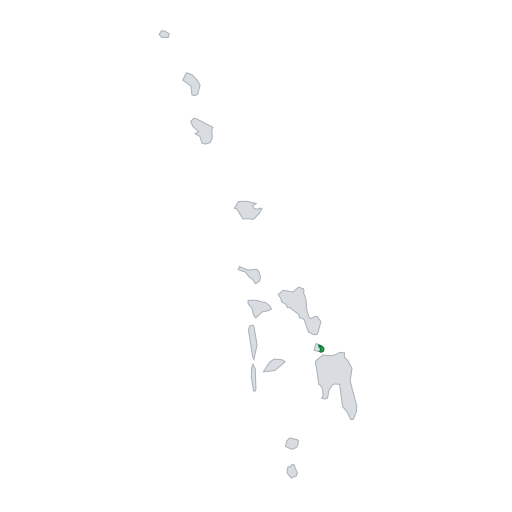 West Malo, Sanma, Vanuatu shown in context, rotated 183°
{"feature_id": "77236927B10986826820410", "entity_name": "West Malo", "entity_type": "district", "adm_level": 2, "iso_a3": "VUT", "parent_name": "Vanuatu", "parent_adm1": "Sanma", "projection": "mercator", "projection_center": [167.119, -15.678], "detail": "fine", "context": "in_parent", "style": "filled", "palette": "green", "viewbox_px": 512, "rotation_deg": 183, "n_neighbors": 0, "source": "geoboundaries", "source_scale": "gbopen_adm2", "svg_char_len": 3715}
<svg xmlns="http://www.w3.org/2000/svg" viewBox="0 0 512 512"><g transform="rotate(183 256 256)"><path d="M161.7,110.3L165.8,132.3L170.7,132.3L173.1,131.1L176.0,125.9L177.2,117.8L179.8,116.7L182.9,117.5L181.6,120.1L182.5,126.6L184.9,130.2L186.5,130.8L189.8,147.8L191.0,151.4L190.9,154.2L184.1,160.6L174.0,160.4L166.8,164.2L162.5,163.9L162.5,159.6L158.7,156.2L154.3,148.9L155.4,135.9L147.6,111.8L147.6,105.8L150.2,98.0L152.8,97.6L156.3,104.2L161.7,110.3ZM204.6,195.0L207.6,196.5L209.2,196.5L210.2,199.7L219.4,206.2L221.9,206.1L224.0,209.6L228.0,211.4L229.1,215.1L231.9,218.7L226.9,223.2L217.4,222.0L211.9,227.1L207.0,225.8L206.1,223.1L206.8,222.3L203.9,215.5L202.5,205.1L200.5,199.0L198.4,196.3L193.9,198.6L192.1,199.0L187.8,194.0L189.8,183.8L190.9,180.9L194.4,180.4L199.7,183.0L204.6,195.0ZM328.3,387.0L325.3,390.3L322.7,389.9L305.9,382.3L306.6,379.2L305.9,371.2L307.8,366.8L312.4,365.1L316.0,366.0L318.2,372.4L323.2,375.0L319.7,377.2L325.8,382.0L328.3,387.0ZM271.1,292.3L277.5,301.9L280.1,302.6L276.2,309.5L268.1,310.2L258.6,308.4L262.1,306.0L260.3,303.3L257.4,302.8L254.1,304.1L252.6,303.6L254.7,299.2L260.0,292.9L261.6,292.4L263.0,292.4L264.4,292.9L271.1,292.3ZM261.5,211.2L254.1,211.8L243.8,209.8L239.6,206.8L237.8,203.9L241.4,201.8L246.5,200.7L253.0,194.1L255.2,196.6L257.6,204.1L260.2,206.4L261.6,208.6L261.5,211.2ZM338.4,427.9L335.0,435.3L329.1,433.6L323.6,428.2L320.8,423.5L322.7,414.6L325.5,413.0L328.4,413.5L329.9,422.3L338.4,427.9ZM256.1,186.6L255.0,186.7L253.9,183.6L250.3,167.3L252.7,152.6L254.2,155.7L259.6,181.4L258.9,185.6L256.1,186.6ZM271.2,240.8L273.1,241.8L272.0,244.6L263.2,241.5L256.1,242.7L254.1,242.5L252.0,240.0L250.4,234.9L251.1,231.3L254.1,228.8L255.2,228.4L257.5,231.5L259.5,233.6L261.5,234.5L266.0,239.5L271.2,240.8ZM236.7,150.9L232.4,154.0L224.4,153.7L221.4,151.9L231.2,142.6L242.6,140.7L236.7,150.9ZM215.7,72.7L213.0,76.0L205.7,74.9L204.0,74.0L204.5,68.5L206.3,66.5L210.6,64.8L216.6,67.5L215.7,72.7ZM209.5,49.2L208.6,49.9L207.1,49.3L203.3,41.3L204.2,38.6L209.0,36.1L213.3,40.5L213.7,43.0L213.6,45.1L213.0,46.9L210.1,47.7L209.5,49.2ZM254.6,143.7L253.5,147.9L250.8,143.1L249.1,122.9L249.8,121.1L251.2,120.9L254.4,134.9L254.6,143.7ZM364.4,472.1L362.2,475.9L358.7,475.9L354.2,473.2L355.1,469.8L360.1,469.3L361.6,469.5L364.4,472.1ZM192.1,170.1L191.0,171.9L184.2,167.6L185.7,163.4L193.1,164.9L192.1,170.1Z" fill="#d9dde1" stroke="#a8b0b8" stroke-width="1"/><path d="M186.3,163.7L186.2,163.7L185.9,163.7L185.7,163.7L185.6,163.8L185.4,163.8L185.2,163.8L185.0,164.0L184.9,164.0L184.7,164.1L184.4,164.2L184.4,164.3L184.2,164.3L184.1,164.5L183.9,164.7L183.9,164.8L183.8,165.0L183.8,165.3L183.8,165.5L183.7,165.5L183.7,165.8L183.6,166.0L183.5,166.3L183.5,166.5L183.6,166.8L183.5,167.0L183.6,167.3L183.8,167.5L184.0,167.7L184.0,167.8L184.2,168.0L184.3,168.0L184.5,168.3L184.6,168.5L184.8,168.6L184.9,168.8L185.0,168.8L185.3,169.0L185.5,169.1L185.7,169.3L185.8,169.2L185.8,169.3L186.0,169.4L186.3,169.4L186.4,169.5L186.5,169.5L186.8,169.6L187.0,169.7L187.0,169.8L187.3,169.9L187.4,170.0L187.6,170.1L187.8,170.1L188.0,170.2L188.0,170.3L188.3,170.4L188.4,170.2L188.5,170.0L188.5,169.9L188.5,169.6L188.5,169.4L188.5,169.1L188.4,169.0L188.2,169.0L188.2,168.9L188.0,168.7L187.9,168.7L187.7,168.6L187.8,168.5L187.8,168.4L187.7,168.4L187.6,168.2L187.4,168.0L187.3,167.8L187.1,167.8L187.1,167.7L186.9,167.6L186.7,167.4L186.6,167.1L186.6,166.9L186.7,166.7L186.6,166.4L186.5,166.2L186.4,166.2L186.2,166.1L186.3,165.8L186.3,165.7L186.5,165.5L186.6,165.4L186.7,165.2L186.8,165.0L186.9,164.9L186.9,164.7L187.0,164.6L186.9,164.6L186.9,164.4L187.0,164.3L187.0,164.2L186.9,164.2L187.0,164.1L186.9,164.0L186.5,164.0L186.4,163.9L186.3,163.7L186.3,163.7Z" fill="#22c55e" stroke="#15803d" stroke-width="1.5"/></g></svg>